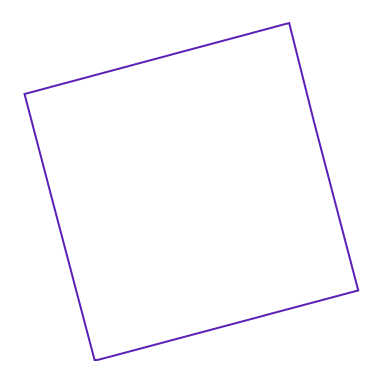 outline of Russell, Kansas, United States of America, rotated 165°
{"feature_id": "52423323B78124192101177", "entity_name": "Russell", "entity_type": "district", "adm_level": 2, "iso_a3": "USA", "parent_name": "United States of America", "parent_adm1": "Kansas", "projection": "mercator", "projection_center": [-98.732, 38.915], "detail": "fine", "context": "isolated", "style": "outline", "palette": "violet", "viewbox_px": 384, "rotation_deg": 165, "n_neighbors": 0, "source": "geoboundaries", "source_scale": "gbopen_adm2", "svg_char_len": 266}
<svg xmlns="http://www.w3.org/2000/svg" viewBox="0 0 384 384"><g transform="rotate(165 192 192)"><path d="M326.5,54.2L56.9,53.9L56.0,229.4L54.4,330.0L59.2,330.1L328.4,330.0L329.0,220.1L329.6,54.9L326.5,54.2Z" fill="none" stroke="#5b21b6" stroke-width="2"/></g></svg>